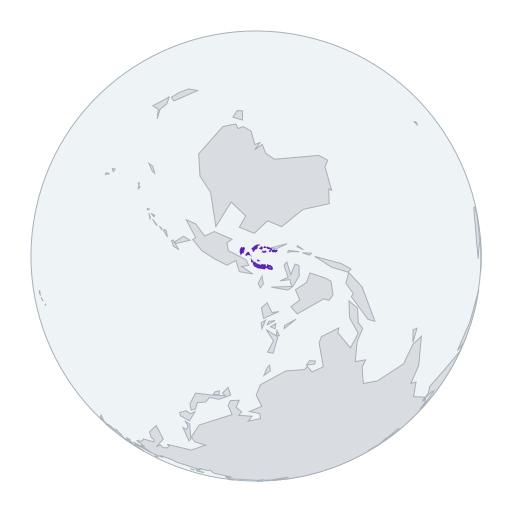 Maluku highlighted on a globe, orthographic projection, rotated 192°
{"feature_id": "IDN-554", "entity_name": "Maluku", "entity_type": "Province", "adm_level": 1, "iso_a3": "IDN", "parent_name": "Indonesia", "parent_adm1": "", "projection": "orthographic", "projection_center": [130.68, -5.566], "detail": "fine", "context": "on_globe", "style": "filled", "palette": "violet", "viewbox_px": 512, "rotation_deg": 192, "n_neighbors": 0, "source": "natural_earth", "source_scale": "10m", "svg_char_len": 12332}
<svg xmlns="http://www.w3.org/2000/svg" viewBox="0 0 512 512"><g transform="rotate(192 256 256)"><circle cx="256" cy="256" r="225" fill="#eef3f6" stroke="#a8b0b8"/><path d="M420.2,304.4L420.0,306.1L419.8,306.2L420.2,304.4ZM366.4,59.6L368.8,61.1L362.1,57.3L375.0,66.1L374.4,68.2L370.6,63.1L366.8,60.5L364.1,60.1L359.6,57.5L355.7,56.1L350.5,53.3L348.7,51.3L345.3,49.7L343.6,49.6L337.3,47.4L340.4,47.6L329.7,43.9L324.8,41.5L325.1,41.6L346.2,49.6L366.4,59.6ZM460.5,177.5L458.6,172.5L460.6,175.6L460.5,177.5ZM456.8,169.5L457.6,171.2L456.8,169.8L456.8,169.5ZM455.8,168.6L456.5,169.3L455.9,169.0L455.8,168.6ZM454.7,167.9L455.2,168.1L455.2,168.3L454.7,167.9ZM452.3,165.4L451.6,164.7L451.9,164.3L452.3,165.4ZM372.8,63.9L373.7,64.1L374.4,64.9L372.8,63.9ZM356.0,56.4L357.2,57.3L354.7,56.3L356.0,56.4ZM344.5,51.3L340.0,49.7L344.2,50.9L344.5,51.3ZM337.2,48.5L326.5,45.4L328.3,46.8L317.3,41.6L330.1,45.6L335.0,46.7L334.3,47.1L337.2,48.5ZM313.0,39.6L310.1,38.8L312.8,39.3L313.0,39.6ZM176.9,45.1L177.3,45.0L180.1,44.0L183.0,42.9L181.7,44.2L183.8,43.4L185.1,42.7L190.2,40.8L198.7,38.4L197.7,38.9L194.5,39.9L186.5,43.1L178.1,46.2L178.6,46.2L185.6,43.8L195.5,39.7L200.9,38.2L196.9,39.7L198.7,39.0L201.1,38.4L202.6,38.6L207.3,36.9L234.7,32.8L240.3,33.5L233.7,34.7L251.9,34.8L256.8,37.1L257.9,36.1L267.4,36.5L266.0,35.7L267.3,35.4L291.0,37.9L295.9,39.4L307.4,40.9L308.0,40.7L305.1,39.5L317.3,41.6L328.3,46.8L326.3,47.0L334.5,50.7L329.0,51.1L328.1,53.6L317.4,52.9L317.7,55.5L320.9,56.8L323.6,61.9L318.4,69.4L308.6,57.6L313.8,48.7L310.5,51.4L307.0,49.4L303.3,49.7L301.3,52.2L303.7,53.3L279.1,52.7L266.1,60.4L277.1,61.5L281.6,65.6L276.4,78.9L246.5,95.8L252.2,104.2L250.9,109.3L242.4,111.4L244.0,104.0L237.6,100.5L239.8,96.5L226.7,98.4L229.3,92.8L217.8,97.8L219.5,102.7L230.1,102.5L219.1,110.1L226.8,119.8L225.0,130.9L203.0,149.7L184.6,155.1L182.9,158.8L177.1,154.2L167.1,161.6L176.2,184.1L175.2,190.7L160.0,203.0L160.1,198.0L144.5,185.7L140.0,201.6L151.7,215.2L155.7,231.4L145.9,226.2L142.1,212.1L136.6,207.3L139.3,193.3L137.0,173.3L127.2,177.2L129.1,169.2L124.5,153.6L111.2,159.1L89.2,181.2L84.2,202.1L77.5,211.9L74.1,182.8L78.0,163.6L73.3,166.0L72.7,151.2L61.6,153.0L63.1,148.4L60.4,151.3L60.4,147.6L63.8,140.3L62.4,141.6L54.1,160.9L55.9,159.8L61.7,151.0L58.7,158.4L59.1,164.3L47.8,184.3L36.4,205.9L40.4,190.6L40.8,189.2L46.0,174.3L52.3,159.8L59.5,145.8L67.7,132.3L76.8,119.4L86.8,107.2L97.7,95.7L109.3,85.0L121.6,75.2L134.6,66.2L148.2,58.2L162.3,51.1L176.9,45.1ZM37.3,202.1L36.2,206.9L35.6,209.6L35.0,213.9L39.3,205.4L38.2,210.7L33.0,236.8L31.1,269.8L30.7,252.7L31.6,235.7L33.8,218.8L37.3,202.1ZM32.9,287.5L34.7,298.0L39.6,318.4L40.5,321.8L36.1,304.8L32.9,287.5ZM79.4,116.7L81.3,116.5L89.5,105.8L90.9,105.0L93.2,102.0L90.1,105.0L97.0,96.8L101.1,93.4L105.5,89.2L105.1,89.2L96.5,96.9L86.5,108.3L82.3,113.0L79.4,116.7ZM124.8,417.4L129.3,420.1L127.6,420.6L124.8,417.4ZM41.8,311.3L53.0,348.3L52.2,349.6L47.4,339.3L40.1,317.2L39.6,309.9L38.1,299.6L41.8,311.3ZM210.9,272.1L217.8,273.6L217.6,274.7L210.9,272.1ZM203.6,268.0L211.4,268.8L202.4,270.3L203.6,268.0ZM214.5,269.1L222.4,267.6L225.8,266.1L225.3,268.3L214.5,269.1ZM198.4,267.8L170.9,266.3L160.4,263.1L162.6,259.3L179.7,260.8L198.4,267.8ZM161.8,259.1L145.9,247.9L126.1,216.9L133.2,217.3L154.3,236.1L152.9,239.4L162.5,248.1L161.8,259.1ZM201.1,240.6L199.6,250.6L184.2,248.9L177.4,247.0L172.6,234.1L175.3,227.8L180.8,228.2L203.6,207.9L211.3,213.6L204.0,222.1L210.4,231.1L201.1,240.6ZM84.6,204.1L87.0,216.5L83.5,218.8L84.6,204.1ZM213.8,193.8L203.9,202.4L213.2,190.8L213.8,193.8ZM219.8,183.0L220.0,187.5L216.6,182.9L219.8,183.0ZM181.8,164.8L175.9,165.6L176.2,162.5L184.0,159.7L181.8,164.8ZM223.5,140.7L221.7,149.3L220.0,152.2L218.1,146.7L223.5,140.7ZM185.8,41.9L184.8,42.3L185.1,42.2L185.8,41.9ZM205.4,36.5L208.4,35.8L202.4,37.2L205.4,36.5ZM231.5,32.8L236.1,32.1L237.2,32.3L236.3,32.4L231.5,32.8ZM232.1,32.5L232.0,32.1L236.5,31.7L235.7,32.0L232.1,32.5ZM368.5,390.6L371.8,393.6L365.5,399.7L356.6,405.4L347.6,405.7L368.5,390.6ZM299.3,395.2L297.5,386.2L307.5,387.0L304.6,394.3L299.3,395.2ZM374.9,386.3L380.4,379.6L381.1,369.5L382.1,379.2L388.1,381.5L374.0,393.5L374.9,386.3ZM258.2,354.5L215.6,367.4L205.7,364.6L207.1,357.6L195.7,336.0L198.8,336.6L195.3,322.4L219.8,311.3L237.0,290.0L252.0,292.8L262.5,277.8L278.3,280.8L274.3,293.0L291.5,303.7L301.4,276.5L313.7,309.0L327.4,322.5L333.3,343.9L315.2,375.9L303.2,380.9L300.1,377.0L295.3,379.9L286.7,377.1L280.4,364.8L275.7,367.7L279.5,359.6L273.1,366.4L267.9,358.5L258.2,354.5ZM372.3,315.9L375.1,317.5L379.9,324.3L375.5,322.2L372.3,315.9ZM413.2,308.8L414.8,311.9L411.8,311.7L413.2,308.8ZM419.8,306.2L416.2,306.2L420.2,304.4L419.8,306.2ZM385.0,300.5L386.5,302.9L385.4,303.3L385.0,300.5ZM383.8,299.6L385.3,296.8L385.2,299.9L383.8,299.6ZM370.0,279.7L371.5,278.5L372.3,279.9L370.0,279.7ZM228.1,274.5L237.6,267.3L243.0,267.2L228.1,274.5ZM367.5,275.8L363.5,274.7L363.9,273.2L367.5,275.8ZM367.6,272.1L367.1,269.7L369.8,275.6L367.6,272.1ZM359.8,265.4L364.8,270.4L359.3,265.8L359.8,265.4ZM356.9,265.3L353.4,262.9L353.6,262.2L356.9,265.3ZM318.8,261.4L331.8,277.0L321.7,274.9L310.3,264.8L302.0,271.2L282.9,267.3L287.1,263.1L284.3,255.5L265.0,250.3L261.1,245.2L267.8,242.9L255.4,237.8L269.0,237.2L274.7,247.4L282.5,241.0L296.3,244.7L310.0,249.9L321.4,259.0L318.8,261.4ZM269.4,258.3L271.8,258.6L269.8,261.3L269.4,258.3ZM346.7,256.2L351.8,261.9L351.2,263.0L348.8,261.8L346.7,256.2ZM323.9,257.7L336.0,251.9L338.9,252.6L331.0,260.2L323.9,257.7ZM332.9,246.2L338.7,248.4L341.8,253.5L340.6,254.5L332.9,246.2ZM241.6,246.5L241.1,249.1L237.6,246.7L241.6,246.5ZM246.0,245.3L256.6,249.3L245.1,247.5L246.0,245.3ZM215.0,233.6L217.9,240.0L227.2,236.7L220.1,241.9L226.7,252.7L224.6,256.5L218.1,244.8L216.1,256.2L212.0,255.7L209.6,245.6L213.6,233.9L217.7,229.4L234.6,228.7L215.0,233.6ZM245.9,237.7L243.1,230.2L245.2,225.7L248.2,229.7L245.9,237.7ZM235.4,212.5L228.5,204.0L222.0,206.5L235.6,196.5L239.9,206.3L235.4,212.5ZM230.1,194.6L223.9,196.9L230.6,191.0L230.1,194.6ZM222.6,194.1L222.3,188.7L227.0,189.8L222.6,194.1ZM233.3,195.2L235.1,186.1L237.1,191.7L233.3,195.2ZM221.3,176.7L230.7,186.1L217.8,181.4L219.0,164.4L224.7,164.4L221.3,176.7ZM263.7,116.5L263.3,112.3L268.9,112.1L267.6,115.0L263.7,116.5ZM286.6,109.3L270.2,110.8L257.0,112.9L260.3,115.1L256.0,121.7L251.8,114.7L262.2,108.2L272.0,108.0L274.9,102.8L282.9,100.3L283.4,93.8L287.4,91.7L289.9,97.7L286.6,109.3ZM283.2,91.1L286.9,80.9L296.7,84.1L298.1,87.0L292.2,90.1L287.4,88.2L283.2,91.1ZM290.7,79.6L286.0,77.9L281.7,63.4L283.2,61.3L291.7,72.9L287.8,72.1L287.1,75.4L290.7,79.6ZM310.3,39.1L310.2,38.8L312.1,39.5L310.3,39.1ZM266.3,35.0L268.4,34.7L270.6,35.2L266.3,35.0ZM275.3,34.3L271.3,33.9L275.9,34.1L275.3,34.3ZM262.5,33.2L270.0,33.6L262.3,33.6L262.5,33.2Z" fill="#d9dde1" stroke="#a8b0b8" stroke-width="1"/><path d="M256.8,248.2L256.6,248.6L256.6,249.3L255.7,249.0L255.0,248.4L253.3,247.8L253.2,247.4L252.9,247.2L251.4,247.1L251.6,247.6L251.3,247.7L249.7,247.3L249.3,247.3L249.2,247.2L249.3,246.9L248.9,246.7L248.2,247.3L248.1,247.6L247.4,247.7L247.0,247.5L246.5,246.8L246.2,246.7L246.3,246.4L246.1,246.2L245.8,246.5L245.7,247.2L245.4,247.5L245.2,248.1L245.2,247.2L244.9,246.6L245.5,246.2L245.9,246.2L245.9,245.9L246.0,245.7L246.2,245.4L247.5,245.3L248.9,245.4L249.6,245.2L249.7,245.5L249.8,245.7L250.1,245.8L250.1,245.6L250.3,245.7L250.8,245.4L251.0,245.1L251.5,245.1L252.4,245.4L252.6,245.6L252.8,245.5L253.2,245.8L254.9,245.9L255.2,246.3L255.6,246.4L255.9,247.5L256.5,247.6L256.5,247.8L256.8,248.2ZM242.6,247.4L242.5,248.3L242.4,248.5L242.0,248.5L241.2,249.1L240.4,249.4L238.4,248.5L238.2,248.0L237.9,247.7L237.7,247.4L237.6,247.0L237.7,246.7L238.0,246.4L238.4,246.7L238.7,246.5L239.3,246.3L240.9,246.3L241.1,246.5L241.2,246.4L241.9,246.7L242.0,247.0L241.8,247.0L242.0,247.4L242.6,247.4ZM271.9,258.4L271.7,259.0L271.3,259.2L270.3,258.6L270.0,258.2L270.4,257.9L270.2,257.8L270.2,257.6L270.5,256.9L270.3,257.0L270.2,256.9L269.9,256.8L269.8,256.6L270.0,256.5L270.4,256.6L270.8,255.9L270.8,256.0L271.0,256.0L271.0,255.5L271.4,255.6L271.7,255.9L271.6,256.0L271.8,256.2L271.9,256.5L271.7,257.1L271.9,257.2L272.0,257.3L271.7,257.4L271.8,257.6L271.5,257.5L271.3,257.6L271.5,257.6L272.0,258.1L271.7,258.5L271.9,258.4ZM260.1,262.4L259.8,262.6L259.8,263.2L260.0,263.3L259.8,263.6L259.7,264.1L258.8,265.0L258.5,265.6L258.4,265.6L258.5,265.4L258.3,265.3L258.1,265.6L257.7,265.6L257.7,265.3L257.6,265.0L257.9,264.8L257.8,264.7L257.7,264.4L257.8,264.3L258.2,264.4L258.0,264.2L258.2,263.6L258.5,263.3L258.8,263.0L259.0,263.0L259.2,262.5L259.4,262.5L259.3,262.3L259.5,262.2L259.8,262.1L259.8,262.3L260.0,262.2L260.1,262.4ZM240.9,264.3L241.0,264.7L240.6,264.6L240.0,264.9L239.6,265.5L239.4,265.4L238.5,265.3L238.3,265.2L238.0,265.2L237.5,265.3L237.1,265.7L236.9,265.7L237.1,265.1L237.3,264.9L237.3,264.7L237.7,264.3L238.6,264.5L238.8,264.4L239.1,264.4L239.7,264.0L240.2,263.9L240.3,264.1L240.6,264.3L240.9,264.3ZM270.8,260.0L271.0,260.1L270.9,260.3L270.5,260.3L270.2,261.1L269.7,261.4L269.5,261.1L269.2,261.0L269.2,260.8L269.4,259.6L269.8,259.7L269.7,259.5L269.4,259.4L269.4,258.5L269.5,258.4L270.1,258.9L270.1,259.1L270.2,259.3L270.7,259.5L270.9,259.8L270.8,260.0ZM246.8,247.9L246.8,248.4L246.5,248.4L246.6,248.6L246.4,248.8L245.9,249.0L246.4,248.5L246.3,248.4L245.4,249.0L245.2,248.9L245.1,248.7L245.4,248.4L245.7,248.2L246.1,248.2L246.6,247.9L246.8,247.9ZM252.6,264.9L252.8,265.3L252.5,265.8L252.2,265.7L251.7,265.2L251.7,264.9L251.9,264.8L252.6,264.9ZM265.8,255.0L265.5,256.1L265.0,256.7L264.9,257.2L264.5,257.7L264.8,256.8L264.8,256.5L264.9,256.3L265.1,256.3L265.5,255.0L265.6,254.9L265.8,255.0ZM264.3,256.9L264.2,257.4L264.1,257.5L264.0,257.3L263.9,257.4L263.7,257.1L263.9,256.8L263.6,256.2L263.9,256.1L263.9,256.3L264.1,256.4L264.3,256.9ZM270.4,258.8L270.6,258.9L270.3,259.1L269.8,258.5L269.6,258.5L269.7,258.3L269.5,257.9L269.8,257.8L269.9,258.0L270.0,258.0L269.9,258.3L270.4,258.8ZM245.9,266.1L246.1,266.2L245.7,266.6L245.0,266.4L244.6,266.1L244.9,266.0L245.6,266.2L245.9,266.1ZM271.3,259.4L271.1,259.6L271.1,259.8L270.8,259.4L270.6,259.4L270.3,259.2L270.7,258.9L271.3,259.4ZM257.6,266.2L258.0,266.1L257.5,266.4L256.8,266.6L256.8,266.8L256.3,266.9L256.7,266.5L256.9,266.4L257.0,266.1L257.4,265.9L257.6,266.2ZM261.1,262.4L261.0,262.6L260.7,262.3L260.1,262.2L260.8,262.1L261.1,262.4ZM248.2,262.2L248.2,262.3L248.0,262.5L247.6,262.2L248.0,261.9L248.3,262.1L248.2,262.2ZM247.6,248.0L247.7,248.3L247.0,248.5L247.2,248.0L247.6,248.0ZM243.5,263.7L243.5,264.0L243.1,264.3L243.1,263.7L243.5,263.7ZM248.3,248.0L248.3,248.3L248.1,248.2L248.0,248.4L247.7,247.9L248.1,248.0L248.2,247.9L248.3,248.0ZM249.6,266.4L249.5,266.6L249.3,266.5L249.0,266.5L248.8,266.4L249.0,266.3L249.6,266.4ZM257.9,263.2L257.6,263.6L257.2,263.5L257.3,263.3L257.9,263.2ZM271.7,260.1L271.8,260.2L271.6,260.8L271.4,260.7L271.7,260.1ZM244.6,246.6L244.7,246.8L244.2,246.9L244.3,246.6L244.6,246.6ZM246.4,266.4L246.5,266.7L246.3,266.7L245.9,266.6L246.0,266.4L246.4,266.4ZM242.5,249.2L242.5,249.5L242.1,249.4L242.2,249.2L242.5,249.2ZM272.2,258.9L272.4,259.0L272.2,259.6L272.1,259.3L272.2,258.9ZM245.2,245.6L245.5,245.7L245.3,246.0L244.8,246.1L245.2,245.8L245.2,245.6ZM243.8,247.0L244.1,247.3L243.6,247.2L243.4,247.1L243.8,247.0ZM244.6,266.2L244.7,266.4L244.3,266.5L244.0,266.4L244.3,266.2L244.6,266.2ZM271.6,259.6L271.8,259.9L271.6,260.0L271.4,259.7L271.6,259.6ZM257.2,264.2L257.8,264.1L257.6,264.4L257.1,264.4L257.2,264.2ZM264.3,256.0L264.3,256.4L264.1,256.5L264.1,256.2L264.2,255.9L264.2,256.0L264.3,256.0ZM242.5,265.7L242.6,266.0L242.3,266.0L242.3,265.7L242.5,265.7ZM257.2,263.7L257.2,263.8L256.6,263.7L257.2,263.7ZM258.9,249.7L259.0,250.1L258.8,250.0L258.7,249.7L258.9,249.7ZM259.6,260.4L259.7,260.5L259.4,260.9L259.3,260.6L259.6,260.4ZM269.8,256.8L269.8,257.0L269.7,257.1L269.6,256.8L269.8,256.8ZM248.6,248.5L248.4,248.5L248.6,248.5ZM258.4,250.1L258.8,250.4L258.4,250.3L258.4,250.1ZM259.6,251.5L259.9,251.9L259.6,251.5ZM258.3,262.8L258.3,263.1L258.1,263.0L258.3,262.8ZM261.1,255.0L261.0,255.3L261.0,255.1L261.1,255.0ZM262.4,255.8L262.7,255.9L262.6,256.0L262.4,255.8ZM252.8,252.0L253.1,251.9L253.1,252.1L252.8,252.0ZM251.4,260.7L251.5,260.6L251.4,260.7ZM258.1,249.8L258.2,250.0L258.1,249.8ZM260.1,252.6L260.1,252.9L260.1,252.7L260.1,252.6ZM252.2,263.9L252.0,263.7L252.2,263.8L252.2,263.9ZM253.4,264.4L253.3,264.6L253.3,264.4L253.4,264.4ZM250.0,261.6L249.9,261.5L250.0,261.5L250.0,261.6ZM253.5,264.6L253.4,264.7L253.5,264.6Z" fill="#8b5cf6" stroke="#5b21b6" stroke-width="1.5"/></g></svg>